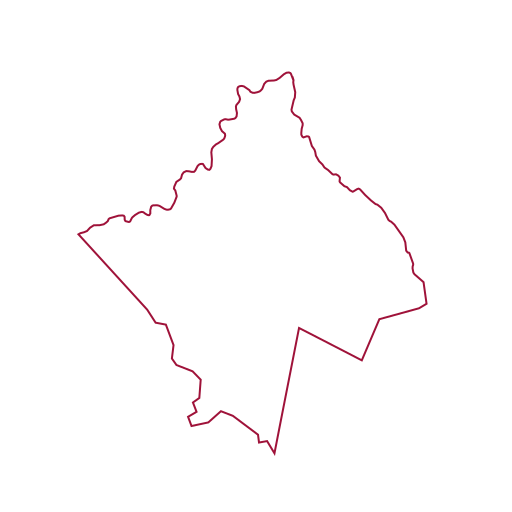 Pike, Pennsylvania, United States of America (Robinson projection), rotated 285°
{"feature_id": "52423323B81352708629195", "entity_name": "Pike", "entity_type": "district", "adm_level": 2, "iso_a3": "USA", "parent_name": "United States of America", "parent_adm1": "Pennsylvania", "projection": "robinson", "projection_center": [-74.913, 41.341], "detail": "fine", "context": "isolated", "style": "outline", "palette": "rose", "viewbox_px": 512, "rotation_deg": 285, "n_neighbors": 0, "source": "geoboundaries", "source_scale": "gbopen_adm2", "svg_char_len": 2907}
<svg xmlns="http://www.w3.org/2000/svg" viewBox="0 0 512 512"><g transform="rotate(285 256 256)"><path d="M438.8,244.7L438.0,244.8L440.9,242.7L441.6,241.9L441.8,240.3L440.9,238.0L438.8,235.9L434.1,232.7L431.3,230.1L430.2,228.0L428.5,222.7L427.1,220.8L424.4,219.4L419.1,218.8L417.3,217.9L415.9,216.9L414.6,215.0L413.2,212.3L412.8,210.5L413.2,208.1L414.5,206.7L416.7,200.4L416.6,198.3L416.2,197.2L415.6,196.0L414.6,195.0L413.2,194.7L411.6,195.0L407.8,196.8L405.8,198.7L405.6,198.8L403.4,200.0L400.6,199.8L396.8,198.0L395.3,197.9L392.7,198.8L389.2,200.6L385.8,201.1L383.9,200.4L383.0,199.5L380.7,194.6L380.4,193.6L380.3,191.3L379.8,190.0L377.3,187.2L376.3,186.7L373.8,186.6L370.5,188.3L367.8,190.8L366.1,194.3L364.6,195.0L363.5,195.1L361.3,194.9L360.0,194.3L355.2,190.3L353.5,188.5L350.4,186.5L348.0,185.7L344.6,186.0L338.0,188.4L331.3,189.8L328.4,189.4L327.2,188.7L327.0,187.2L327.9,184.5L331.1,181.0L331.1,180.2L330.4,178.3L329.4,177.2L327.8,176.3L322.7,175.2L321.2,174.3L320.6,171.9L320.5,169.6L320.0,166.7L318.1,164.5L315.5,163.5L311.7,163.5L310.2,162.7L307.0,159.9L301.9,159.1L299.8,159.3L298.4,161.1L293.8,163.7L292.8,164.0L286.3,163.3L279.8,161.6L278.9,160.9L277.9,159.0L277.6,157.5L277.8,155.3L279.3,150.3L279.5,149.0L279.4,147.3L278.3,143.5L277.6,142.6L276.5,142.0L273.0,142.0L269.8,142.9L267.9,142.4L267.6,141.6L267.6,140.4L268.2,138.1L269.1,136.0L269.1,134.9L268.9,133.9L267.5,131.6L264.3,128.6L261.4,126.6L260.4,126.2L256.9,125.5L256.2,124.9L255.9,124.1L255.9,120.9L257.0,119.8L259.9,118.9L260.7,117.9L260.6,116.4L259.4,112.8L254.5,104.8L253.5,104.1L251.3,103.8L249.2,102.4L247.2,100.7L245.3,97.0L243.7,91.4L240.4,88.4L236.4,86.3L234.4,83.7L232.6,80.5L231.0,78.9L176.0,164.8L165.6,176.3L166.4,186.7L148.6,199.4L135.2,201.3L130.1,207.4L128.2,224.6L122.2,234.6L104.2,238.0L98.2,233.0L90.1,238.9L83.1,232.0L75.1,237.7L82.9,253.0L97.0,262.3L95.6,275.1L83.9,304.2L76.6,307.2L80.1,314.6L70.2,324.9L99.0,322.9L197.6,316.2L192.7,338.9L182.6,385.2L226.9,391.5L247.7,427.0L254.0,433.1L274.1,424.6L279.4,413.8L280.7,412.3L284.6,410.4L286.6,410.0L288.2,410.1L289.4,409.7L298.5,403.4L298.8,402.8L298.6,401.6L300.0,399.7L307.8,396.7L312.2,393.5L322.1,381.6L324.1,377.7L324.4,376.1L325.2,374.5L330.9,369.5L335.0,364.5L337.0,360.0L337.1,358.0L339.5,352.5L343.2,345.6L347.0,339.7L347.5,338.6L347.6,337.6L346.8,336.4L343.5,333.3L343.1,332.7L343.8,329.7L346.1,326.0L346.3,323.3L348.8,318.3L349.5,317.5L350.2,317.3L353.4,316.8L354.5,315.4L355.1,314.3L355.6,312.1L354.7,309.8L354.8,308.7L357.7,303.4L359.0,299.7L359.3,299.1L361.6,296.5L363.9,292.4L368.4,287.9L371.8,286.3L373.9,284.9L376.7,281.5L384.7,276.5L385.0,275.8L384.8,274.1L382.8,271.1L383.3,269.8L384.9,268.4L386.6,267.9L390.7,267.2L394.5,267.2L396.3,266.7L399.0,264.3L400.8,262.3L402.5,256.3L404.9,253.2L406.5,252.4L416.2,252.1L419.1,252.5L424.4,251.5L431.3,247.9L433.5,247.0L435.6,246.7L438.8,244.7Z" fill="none" stroke="#9f1239" stroke-width="2"/></g></svg>